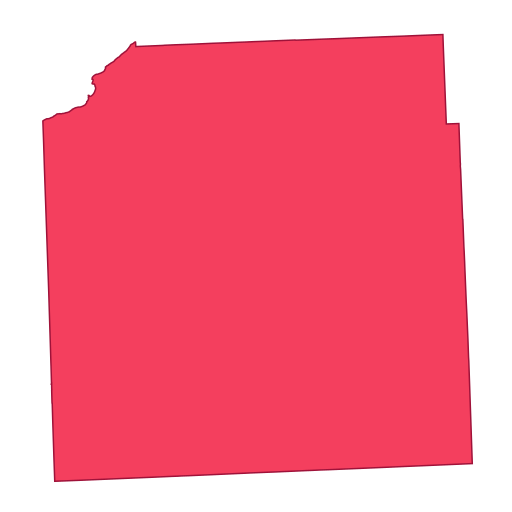 the district of Cleve, South Australia, Australia, rotated 178°
{"feature_id": "25037944B98257545318432", "entity_name": "Cleve", "entity_type": "district", "adm_level": 2, "iso_a3": "AUS", "parent_name": "Australia", "parent_adm1": "South Australia", "projection": "albers", "projection_center": [136.475, -33.66], "detail": "fine", "context": "isolated", "style": "filled", "palette": "rose", "viewbox_px": 512, "rotation_deg": 178, "n_neighbors": 0, "source": "geoboundaries", "source_scale": "gbopen_adm2", "svg_char_len": 4867}
<svg xmlns="http://www.w3.org/2000/svg" viewBox="0 0 512 512"><g transform="rotate(178 256 256)"><path d="M47.1,41.0L47.0,143.6L47.1,147.5L47.1,150.8L47.1,163.3L47.1,165.6L47.3,190.0L47.5,204.8L47.7,236.6L47.7,237.1L47.7,242.0L47.8,252.4L47.8,252.8L47.9,257.8L48.0,285.4L48.2,285.5L48.5,335.5L48.7,339.1L48.6,339.3L48.5,341.0L48.6,342.5L48.6,346.0L48.6,352.9L48.6,357.3L48.6,357.7L48.6,357.8L48.6,358.1L48.6,359.9L48.6,362.3L48.6,381.3L61.2,381.3L61.4,433.0L61.5,458.4L61.5,470.8L61.9,470.8L66.9,470.8L88.3,470.7L100.9,470.6L121.3,470.6L147.3,470.5L169.9,470.4L180.2,470.4L206.0,470.3L206.4,470.3L208.9,470.3L209.2,470.5L230.3,470.4L240.9,470.3L247.9,470.3L250.6,470.3L258.7,470.2L258.8,470.2L260.0,470.2L266.9,470.2L282.9,470.1L292.1,470.1L312.4,469.9L329.0,469.9L340.6,469.8L341.1,469.7L368.8,469.5L368.9,473.8L368.9,474.0L369.0,474.1L369.8,473.9L370.2,473.6L370.5,473.4L371.0,472.9L371.7,472.5L372.0,472.4L372.6,472.1L373.2,471.9L373.3,471.8L373.9,471.3L374.1,471.1L374.3,470.5L374.4,470.4L374.7,470.0L374.8,469.9L375.0,469.6L375.2,469.3L375.5,468.9L375.9,468.5L376.0,468.3L376.2,468.0L376.3,467.9L377.0,467.2L377.7,466.3L377.9,466.1L378.4,465.6L378.8,465.3L379.3,465.0L379.3,464.9L379.7,464.7L379.8,464.6L380.4,464.3L381.2,463.6L381.9,463.2L382.4,462.7L382.9,462.5L383.2,462.4L383.3,462.3L383.4,462.2L383.6,461.9L384.6,461.1L385.1,460.4L385.5,460.0L386.3,459.5L386.6,459.4L387.0,459.2L387.5,458.9L387.8,458.6L388.5,458.1L388.8,457.9L389.1,457.6L389.4,457.4L390.1,456.8L390.2,456.7L390.7,456.0L390.8,455.9L391.0,455.7L391.3,455.4L392.0,455.0L392.7,454.6L392.8,454.5L394.2,453.9L394.3,453.8L394.5,453.6L394.8,453.3L395.6,453.0L396.3,452.5L396.5,452.4L396.7,452.0L396.9,451.8L397.0,451.8L397.3,451.8L397.8,451.5L398.2,451.4L398.5,451.2L398.7,450.9L398.8,450.7L399.1,450.6L399.8,450.2L399.9,449.9L399.8,449.4L399.7,449.1L399.9,448.7L400.0,448.4L400.6,447.4L400.8,446.9L400.9,446.5L401.0,446.4L401.2,446.2L401.4,446.1L401.8,445.8L402.3,445.4L402.8,445.1L403.4,444.8L404.1,444.6L404.7,444.2L405.0,444.1L406.2,443.8L407.8,443.2L408.3,443.2L409.1,443.2L410.0,442.9L410.7,442.5L411.9,441.7L412.3,441.3L412.5,441.1L413.1,440.5L413.5,439.8L413.5,439.2L413.7,438.7L413.7,438.4L413.1,438.3L412.8,438.2L412.7,438.0L412.7,437.8L412.7,437.2L412.8,436.8L413.2,435.7L413.7,434.6L413.8,434.4L413.7,434.0L413.7,433.9L413.3,433.7L413.0,433.6L412.7,433.5L412.0,433.6L411.8,433.6L411.7,433.5L411.6,433.4L411.5,433.2L411.1,432.6L411.0,432.3L411.0,431.4L410.9,431.2L410.7,431.0L410.6,430.9L410.6,430.6L410.5,430.2L410.4,429.0L410.5,428.5L410.5,428.3L410.6,428.2L410.9,427.4L411.1,426.9L411.3,426.4L411.6,425.6L411.8,425.2L412.7,423.8L413.3,423.1L413.6,422.8L414.3,422.2L414.9,421.7L415.8,421.4L416.5,421.3L416.7,421.7L416.9,421.9L417.4,421.8L417.6,422.4L418.0,422.3L417.8,421.3L417.5,421.2L417.8,420.8L417.9,420.7L418.0,420.6L418.0,420.4L418.0,420.2L418.0,419.9L417.9,419.7L417.9,419.2L417.9,418.8L418.1,418.5L418.4,417.7L418.6,417.3L419.0,416.8L419.8,416.1L419.8,415.9L419.9,415.0L420.1,414.6L420.7,414.0L421.2,413.3L421.7,412.9L422.0,412.7L423.4,412.1L424.1,411.7L426.1,411.1L426.5,411.0L426.8,411.0L427.9,411.0L428.4,411.0L429.1,410.9L429.4,410.8L430.8,410.5L431.0,410.5L431.1,410.4L431.9,410.2L432.5,409.9L433.3,409.5L433.7,409.4L433.8,409.3L433.9,409.1L434.0,409.1L434.5,409.0L434.7,408.8L434.9,408.4L435.0,408.4L435.9,407.8L437.0,407.1L437.5,406.6L438.5,406.4L439.4,406.0L439.8,405.9L440.8,405.9L441.1,405.8L441.4,405.6L442.1,405.5L442.8,405.3L443.3,405.2L444.5,405.2L445.3,404.9L446.1,404.9L446.9,405.1L447.1,405.1L447.5,405.1L447.9,404.9L448.5,405.0L448.8,405.0L450.0,404.9L450.3,404.7L450.6,404.4L451.7,403.6L452.2,403.3L452.4,403.2L452.5,403.1L452.8,403.0L453.2,402.9L453.4,402.6L453.5,402.5L453.8,402.3L454.0,402.1L454.3,402.0L454.8,401.7L455.8,401.5L457.5,400.7L458.3,400.5L460.4,400.4L460.8,400.3L461.3,400.0L461.4,399.9L461.6,399.8L462.0,399.7L462.4,399.5L462.9,399.3L463.5,398.9L463.8,398.7L464.3,398.4L464.3,397.5L464.3,376.7L464.4,348.7L464.4,322.1L464.4,305.2L464.4,302.4L464.4,302.1L464.4,300.6L464.4,296.0L464.4,291.7L464.4,285.4L464.4,285.2L464.4,279.9L464.4,272.0L464.4,271.9L464.4,265.0L464.4,256.7L464.4,249.3L464.4,248.4L464.4,245.7L464.4,242.6L464.4,236.3L464.4,226.9L464.5,205.1L464.5,204.8L464.6,177.1L464.7,155.7L464.7,152.4L464.8,136.1L464.9,135.8L464.7,135.9L464.8,131.9L464.8,129.6L464.7,129.3L464.9,128.9L464.9,128.7L465.0,116.3L465.0,116.1L464.8,116.0L464.9,98.6L465.0,60.3L465.0,38.2L465.0,37.9L439.6,38.0L426.0,38.1L386.0,38.4L370.3,38.5L369.6,38.5L347.6,38.7L341.8,38.7L338.1,38.8L330.9,38.8L307.9,39.0L298.8,39.1L277.0,39.3L275.7,39.3L268.8,39.4L268.6,39.4L268.2,39.4L250.5,39.5L244.8,39.5L235.8,39.6L233.9,39.6L212.7,39.8L208.1,39.8L207.7,39.8L199.6,39.9L189.9,39.9L176.8,40.0L176.6,40.0L160.9,40.1L160.7,40.1L160.4,40.1L149.0,40.2L148.6,40.2L134.4,40.3L113.4,40.5L98.1,40.6L47.1,41.0Z" fill="#f43f5e" stroke="#9f1239" stroke-width="1.5"/></g></svg>